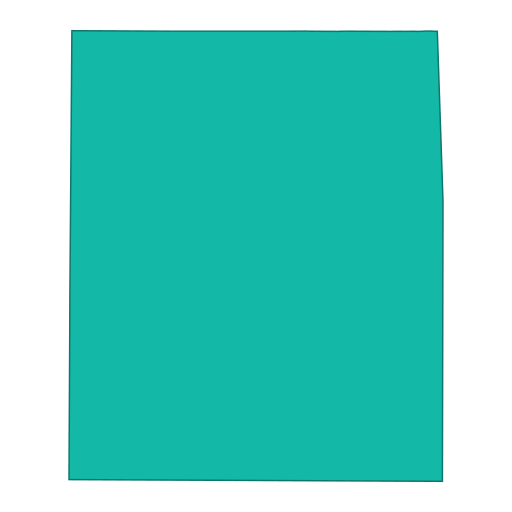 Winneshiek, Iowa, United States of America (orthographic projection)
{"feature_id": "52423323B22827021429588", "entity_name": "Winneshiek", "entity_type": "district", "adm_level": 2, "iso_a3": "USA", "parent_name": "United States of America", "parent_adm1": "Iowa", "projection": "orthographic", "projection_center": [-91.743, 43.291], "detail": "fine", "context": "isolated", "style": "filled", "palette": "teal", "viewbox_px": 512, "rotation_deg": 0, "n_neighbors": 0, "source": "geoboundaries", "source_scale": "gbopen_adm2", "svg_char_len": 530}
<svg xmlns="http://www.w3.org/2000/svg" viewBox="0 0 512 512"><path d="M442.4,481.3L443.0,201.5L437.3,31.3L433.9,31.3L432.6,31.2L432.2,31.1L429.6,31.1L425.8,31.1L419.1,31.4L418.9,31.4L418.0,31.4L414.8,31.3L410.8,31.3L405.7,31.4L400.3,31.3L390.6,31.4L367.3,31.3L344.3,31.2L344.2,31.2L341.9,31.3L339.4,31.3L337.9,31.4L320.0,31.3L307.3,31.2L306.1,31.1L286.1,31.2L284.4,31.2L270.6,31.2L250.2,31.2L179.4,31.2L173.1,31.2L71.9,30.7L69.9,293.9L69.7,339.8L69.0,479.6L442.4,481.3Z" fill="#14b8a6" stroke="#0f766e" stroke-width="1.5"/></svg>